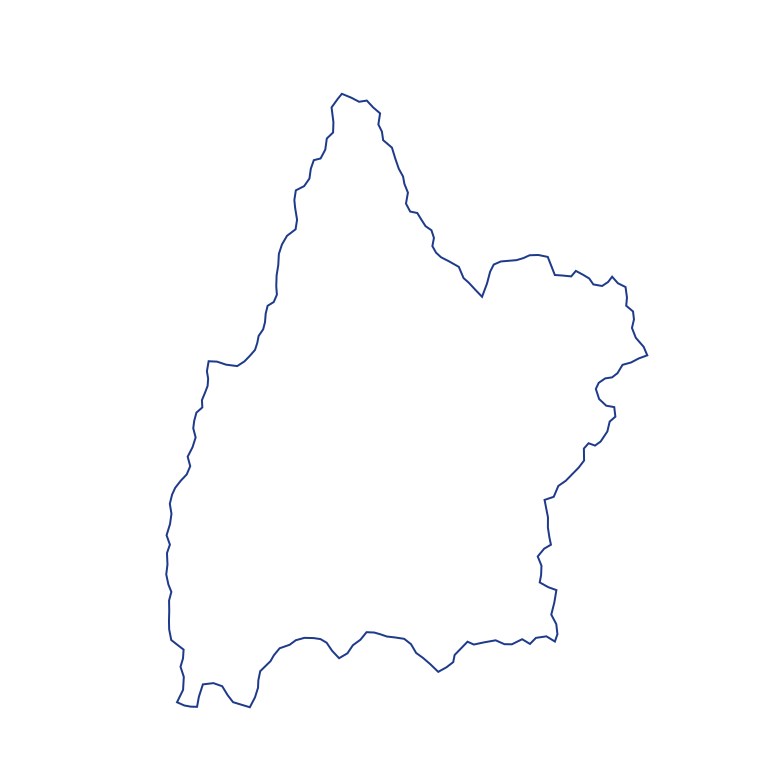 the district of Ervália, Minas Gerais, Brazil, rotated 169°
{"feature_id": "56859067B63219191436637", "entity_name": "Ervália", "entity_type": "district", "adm_level": 2, "iso_a3": "BRA", "parent_name": "Brazil", "parent_adm1": "Minas Gerais", "projection": "natural_earth1", "projection_center": [-42.604, -20.87], "detail": "fine", "context": "isolated", "style": "outline", "palette": "blue", "viewbox_px": 768, "rotation_deg": 169, "n_neighbors": 0, "source": "geoboundaries", "source_scale": "gbopen_adm2", "svg_char_len": 2992}
<svg xmlns="http://www.w3.org/2000/svg" viewBox="0 0 768 768"><g transform="rotate(169 384 384)"><path d="M290.3,101.0L283.3,105.8L272.7,105.3L265.4,98.6L261.5,105.3L260.7,115.4L263.8,125.7L258.5,137.0L254.1,148.8L261.5,153.2L269.0,159.5L266.2,166.6L264.1,175.6L266.0,185.4L258.2,191.8L250.8,194.4L250.9,201.9L250.5,211.9L248.5,221.7L248.5,232.3L248.5,239.6L238.9,240.9L232.3,250.7L224.1,254.3L216.1,259.8L208.7,264.9L202.2,270.7L200.1,282.5L194.5,286.8L188.6,283.3L182.3,286.2L173.8,294.8L169.6,304.1L163.1,307.8L162.4,317.4L170.0,320.3L175.7,328.2L177.0,338.7L173.0,344.2L165.8,347.3L158.8,347.0L152.7,350.1L146.2,357.3L137.3,358.0L129.0,360.5L120.1,361.9L122.0,370.9L128.0,381.3L129.9,391.7L126.3,399.7L125.7,407.7L131.3,414.6L129.0,422.5L128.4,433.1L135.2,438.3L139.6,445.8L144.5,441.4L151.2,438.6L159.5,441.8L162.4,448.4L167.7,453.2L174.1,458.4L179.7,453.9L188.0,456.4L195.5,458.4L197.2,467.7L199.0,477.5L207.9,481.2L216.5,482.6L223.1,481.0L230.3,480.3L238.6,481.2L245.9,482.0L253.5,480.3L258.4,474.0L263.7,463.0L271.1,450.9L276.4,459.1L281.4,467.2L285.7,472.8L288.2,484.7L296.9,492.1L303.9,497.6L307.9,503.1L310.2,510.1L307.1,517.9L308.1,525.9L313.1,531.0L315.9,538.0L318.7,545.5L325.4,548.3L328.0,556.9L324.0,567.3L325.8,576.6L325.7,584.0L328.4,592.4L329.9,603.0L331.1,614.5L338.3,623.5L337.9,632.1L340.0,639.9L336.2,650.4L341.9,657.6L346.8,665.5L354.6,665.8L361.1,671.0L370.0,676.9L374.9,672.8L382.7,665.5L383.7,650.6L386.0,640.6L393.3,635.9L396.9,625.3L403.2,617.5L410.2,617.1L414.8,609.2L418.0,599.9L424.6,593.5L433.6,590.9L436.9,581.7L437.6,574.3L438.0,561.8L441.3,552.7L450.9,548.0L457.5,540.5L462.4,531.7L465.1,520.9L468.7,511.1L471.1,500.6L472.1,492.1L476.6,485.5L483.3,483.0L486.7,475.7L489.0,467.4L492.2,460.7L497.9,455.1L500.6,448.4L504.1,442.1L510.5,437.1L516.7,432.8L524.7,429.6L535.3,433.1L543.6,437.8L551.8,439.8L555.4,430.3L555.6,422.8L557.5,415.8L561.1,410.0L565.8,402.9L566.8,395.7L573.6,391.7L577.4,383.9L579.7,376.9L579.1,367.5L584.0,358.5L590.6,350.1L589.9,340.3L594.9,332.9L601.9,327.9L608.8,321.9L613.1,315.9L617.1,307.3L617.4,297.1L620.8,287.3L626.3,277.0L624.8,267.2L629.3,259.4L631.0,248.1L634.1,238.6L633.9,228.3L632.4,220.5L636.3,212.5L638.1,202.3L640.3,192.4L641.7,184.2L641.7,173.3L637.3,168.2L631.4,161.5L633.7,152.9L637.7,145.3L636.4,134.7L639.6,122.1L647.9,111.1L641.3,106.5L635.1,104.1L629.1,102.8L625.4,112.3L619.1,123.7L608.5,122.9L600.5,118.2L596.9,108.5L592.9,100.5L585.0,96.3L577.4,92.3L570.5,100.9L565.6,109.9L563.9,117.1L560.3,125.7L553.6,130.1L548.3,133.6L543.9,138.7L536.9,144.5L526.4,146.0L519.5,149.3L510.6,150.0L501.5,148.0L495.0,145.7L489.7,141.0L485.9,132.1L480.4,123.4L471.3,126.6L464.4,133.5L455.9,137.5L448.5,143.7L441.0,141.9L435.3,139.0L429.4,135.6L421.8,133.2L412.8,130.0L407.1,123.4L403.8,113.9L397.9,107.6L392.0,100.1L385.7,91.1L376.7,94.0L369.1,97.8L366.4,104.5L358.5,110.0L351.2,115.1L345.5,111.1L335.3,111.3L323.3,111.1L315.4,105.6L308.1,104.1L297.1,107.1L290.3,101.0Z" fill="none" stroke="#1e3a8a" stroke-width="2"/></g></svg>